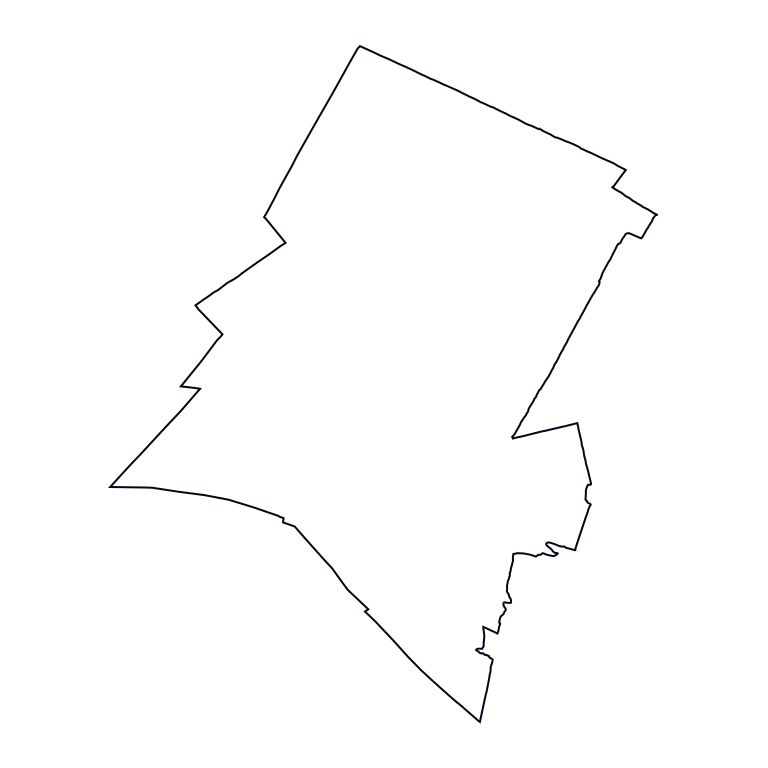 outline of Garla Mare, Mehedinti, Romania
{"feature_id": "2599482B64149549222461", "entity_name": "Garla Mare", "entity_type": "district", "adm_level": 2, "iso_a3": "ROU", "parent_name": "Romania", "parent_adm1": "Mehedinti", "projection": "albers", "projection_center": [22.804, 44.221], "detail": "fine", "context": "isolated", "style": "outline", "palette": "ink", "viewbox_px": 768, "rotation_deg": 0, "n_neighbors": 0, "source": "geoboundaries", "source_scale": "gbopen_adm2", "svg_char_len": 6089}
<svg xmlns="http://www.w3.org/2000/svg" viewBox="0 0 768 768"><path d="M602.6,272.9L605.4,267.6L606.7,265.4L608.4,262.2L609.0,261.3L610.2,259.7L613.2,253.3L614.5,251.0L617.0,245.8L618.0,244.2L618.6,243.8L619.2,243.7L620.0,243.3L620.9,242.0L622.2,239.2L624.1,236.6L625.7,233.9L627.0,233.4L628.2,233.2L629.4,233.3L640.9,238.3L641.4,238.3L641.6,238.1L642.9,236.3L646.9,229.2L647.8,228.1L648.6,226.4L652.0,221.1L652.4,219.9L653.6,217.6L654.3,216.8L654.8,216.1L655.4,215.3L656.0,214.9L656.5,214.9L657.8,215.2L655.6,214.0L654.0,213.3L652.6,212.4L647.9,209.4L645.2,208.1L644.8,207.8L642.9,207.1L641.6,205.8L640.9,205.5L636.9,203.2L634.3,201.5L633.1,201.0L629.3,198.0L625.3,195.9L622.8,193.8L621.5,192.8L620.4,192.1L619.3,191.7L615.0,189.1L612.3,187.3L612.5,187.0L613.2,186.9L620.5,177.0L625.8,170.0L617.6,165.8L614.0,163.5L610.5,161.9L602.8,158.6L590.7,152.8L588.4,151.9L580.6,148.3L580.3,147.8L578.4,146.6L573.6,144.3L570.1,142.8L565.1,141.0L562.8,139.9L556.7,137.5L556.1,137.5L555.4,137.4L554.1,136.7L550.0,134.2L547.0,132.9L546.0,132.3L542.8,130.9L541.6,129.8L541.0,129.8L540.3,129.4L539.6,128.7L539.4,128.7L538.9,128.9L538.1,128.9L537.3,128.5L531.5,125.8L528.4,124.8L526.7,124.1L524.4,123.0L520.8,120.9L519.8,120.4L518.6,119.7L515.4,118.2L510.1,115.9L507.7,114.6L506.3,113.8L501.5,111.6L494.6,108.2L493.1,107.3L492.7,107.2L492.0,107.1L491.2,106.9L488.0,105.4L482.8,102.9L480.9,102.3L474.3,98.7L469.3,96.5L463.1,93.4L462.0,93.0L459.8,91.6L446.5,85.7L443.1,84.3L438.0,81.8L436.4,81.2L433.8,79.9L432.6,79.5L430.6,78.8L424.0,75.5L423.1,75.3L421.7,74.6L410.6,69.1L398.2,63.6L388.5,59.0L380.6,55.7L373.8,52.4L361.2,46.7L360.0,46.1L357.6,48.6L348.9,63.9L341.6,77.2L332.2,94.0L315.2,123.7L302.8,145.6L296.4,157.0L292.5,164.9L279.8,187.7L274.5,198.2L267.9,210.7L264.1,217.2L265.8,218.7L285.6,242.9L280.6,246.0L269.7,253.9L256.7,262.8L241.3,273.8L238.6,276.1L233.8,279.3L227.3,282.9L218.0,290.1L213.4,292.6L209.2,295.8L201.8,300.8L195.5,305.4L198.9,309.8L214.1,325.6L222.5,334.4L220.6,336.7L217.0,340.3L201.5,361.0L180.9,386.4L194.4,387.9L200.1,388.8L195.5,394.0L180.9,410.9L165.6,427.1L140.9,453.9L131.4,463.8L125.3,470.4L110.2,487.0L144.9,487.5L151.9,487.7L178.1,491.7L204.3,495.1L228.5,499.7L253.4,507.3L278.6,516.0L279.6,516.8L283.6,518.1L283.0,522.4L294.7,526.5L304.3,537.5L323.0,558.5L332.2,568.4L342.4,582.6L347.7,589.8L368.3,609.3L365.0,611.6L375.2,621.3L393.9,641.1L407.8,656.6L421.1,670.2L430.9,679.3L449.1,695.6L457.3,702.7L458.2,703.2L477.8,720.3L479.9,721.9L485.8,694.4L486.5,692.1L487.3,688.0L489.2,678.2L489.9,673.6L490.3,672.7L490.4,672.1L490.5,670.7L490.7,669.0L490.6,668.2L490.8,666.7L492.3,662.1L492.7,659.6L490.8,658.2L490.4,658.1L489.1,657.0L489.2,656.6L489.8,656.6L486.1,654.8L485.7,654.9L485.3,655.1L484.7,654.7L483.4,653.5L482.9,653.3L482.5,653.3L482.3,653.5L481.5,653.4L480.7,653.1L480.2,653.1L479.4,652.6L479.2,652.2L477.3,650.8L476.2,650.2L476.5,649.3L476.7,649.1L477.4,648.9L479.9,648.6L481.1,648.9L482.0,648.9L482.2,648.7L482.3,648.4L483.5,646.5L483.7,645.3L483.6,643.5L483.7,641.7L483.9,641.4L484.3,636.7L484.2,634.7L483.6,630.1L483.3,628.7L483.3,626.9L486.3,628.2L491.2,630.6L493.8,631.7L497.4,633.5L497.6,632.8L498.1,632.0L498.3,631.3L498.3,630.7L498.5,630.2L498.8,628.8L499.0,627.7L499.1,626.7L499.3,626.0L499.7,625.6L500.1,624.0L500.1,623.4L499.6,623.3L499.2,622.1L499.4,621.3L499.6,619.9L500.0,618.8L500.3,617.4L501.4,615.7L502.4,615.1L503.7,613.7L504.2,612.4L504.7,611.5L505.4,610.7L505.6,610.3L505.8,609.4L505.4,608.3L504.8,607.6L504.1,606.6L503.7,605.6L503.5,604.8L503.4,604.4L503.6,602.9L504.1,602.4L504.5,602.3L507.8,602.9L510.7,602.9L510.9,602.8L511.1,601.2L510.9,599.9L510.4,598.3L509.6,597.3L509.1,596.4L509.0,595.2L508.1,593.3L507.3,592.4L507.0,591.4L506.9,590.1L507.1,588.9L507.2,588.2L507.0,586.5L507.1,585.2L507.4,584.1L507.9,581.0L508.9,578.7L509.4,576.7L509.7,576.2L509.9,575.3L509.8,574.4L509.8,572.9L510.4,571.8L510.8,569.2L511.3,567.0L511.7,565.9L512.3,563.2L512.8,561.7L513.0,560.5L512.9,558.6L512.8,557.8L513.2,555.3L513.2,554.5L513.3,554.1L513.5,553.9L513.9,553.8L515.5,553.7L517.3,553.2L523.3,553.4L529.5,554.5L534.7,556.2L535.9,556.5L536.5,556.3L537.9,555.0L540.8,554.7L542.2,553.4L543.1,553.2L547.2,554.9L553.3,556.1L554.4,555.8L555.9,555.1L557.2,554.2L557.7,553.5L556.8,553.0L555.1,552.9L553.1,551.6L551.4,549.3L546.8,545.5L546.2,544.4L546.2,543.6L547.5,542.6L549.7,542.5L554.8,544.2L560.2,546.4L561.0,546.3L563.2,546.7L564.2,546.4L565.7,547.6L567.9,548.3L570.5,548.9L572.0,549.4L574.7,550.2L575.3,550.1L575.2,549.5L576.8,544.3L585.6,517.8L587.6,512.3L588.1,510.3L589.3,507.1L590.4,505.4L590.7,504.4L590.3,504.0L589.7,503.7L587.9,502.8L587.5,502.4L587.3,502.1L587.1,501.2L586.9,500.9L586.4,500.6L585.6,499.9L585.5,499.5L585.9,493.4L585.8,491.9L586.1,489.2L587.3,486.1L587.8,485.1L588.2,484.7L590.5,484.8L590.8,484.6L591.0,484.3L590.9,483.0L590.0,479.1L589.1,475.5L588.2,471.6L587.3,468.2L585.9,463.4L585.8,462.8L585.7,461.7L585.3,459.7L584.3,456.3L583.7,452.5L583.5,450.7L582.9,448.3L581.8,444.9L581.6,443.8L581.6,442.6L581.2,440.5L578.8,430.6L578.3,427.7L577.6,424.6L577.4,423.2L576.9,423.2L565.9,426.0L558.3,427.7L545.6,430.7L541.1,431.6L524.5,435.8L519.7,436.9L518.4,437.1L512.8,438.5L512.2,436.8L513.2,435.9L514.3,434.6L517.2,429.6L517.9,428.4L519.9,424.8L521.1,422.0L522.5,420.1L522.7,419.7L524.5,416.9L525.3,416.2L525.9,415.3L526.1,414.7L526.6,413.7L526.9,413.3L528.2,411.1L528.5,409.4L529.3,407.7L532.1,403.2L532.8,402.3L533.9,400.2L534.3,399.0L536.3,396.5L536.6,395.0L537.6,393.3L538.3,391.9L539.0,390.6L539.7,389.8L540.8,388.8L542.0,386.7L542.8,385.2L543.3,384.7L545.4,381.0L548.4,376.7L550.7,372.6L552.1,369.7L553.3,367.8L553.7,366.6L554.2,365.5L554.3,364.8L555.1,363.8L556.7,361.3L557.7,359.5L559.3,356.3L559.5,355.4L562.8,349.7L563.5,348.5L563.8,347.5L567.2,341.7L567.9,339.8L575.1,326.6L576.8,323.4L578.1,320.9L579.6,318.9L580.5,316.9L583.9,310.8L584.6,309.4L586.2,306.4L586.7,305.3L588.6,302.2L589.5,300.4L590.1,299.4L592.8,294.7L593.7,293.3L594.5,292.4L594.7,291.8L597.7,286.8L598.4,286.0L598.8,285.2L599.4,283.4L599.5,282.4L599.6,281.8L598.9,281.3L600.7,278.4L602.6,272.9Z" fill="none" stroke="#020617" stroke-width="2"/></svg>